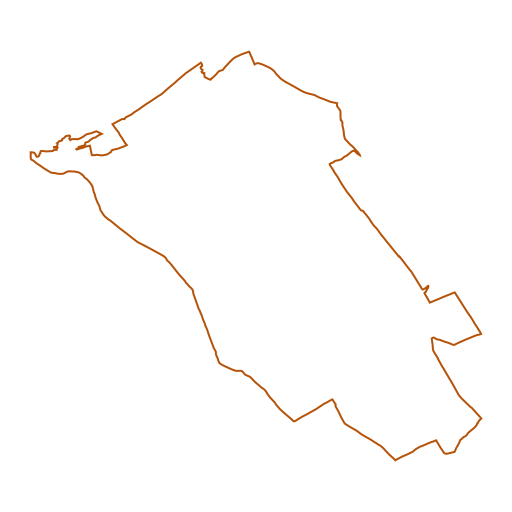 Dobretu, Olt, Romania (Robinson projection)
{"feature_id": "2599482B33788431335920", "entity_name": "Dobretu", "entity_type": "district", "adm_level": 2, "iso_a3": "ROU", "parent_name": "Romania", "parent_adm1": "Olt", "projection": "robinson", "projection_center": [23.941, 44.491], "detail": "fine", "context": "isolated", "style": "outline", "palette": "amber", "viewbox_px": 512, "rotation_deg": 0, "n_neighbors": 0, "source": "geoboundaries", "source_scale": "gbopen_adm2", "svg_char_len": 5908}
<svg xmlns="http://www.w3.org/2000/svg" viewBox="0 0 512 512"><path d="M458.7,395.0L452.6,383.9L441.3,364.9L438.7,360.2L437.6,357.8L433.6,351.4L433.1,349.9L432.9,348.9L432.6,344.6L431.7,338.5L433.2,337.6L434.1,337.6L436.5,339.2L440.0,339.9L444.4,341.6L448.6,342.9L452.8,344.7L454.0,344.9L454.8,344.7L455.7,344.1L458.7,342.7L466.6,339.2L476.0,335.4L478.4,334.7L479.4,334.6L481.1,333.9L479.9,331.7L476.5,326.3L474.6,323.5L472.4,319.6L470.0,315.9L468.8,314.4L466.8,311.4L455.2,293.1L454.7,292.4L445.9,295.9L429.9,302.6L424.6,293.4L424.5,293.1L424.6,292.7L426.1,291.5L426.5,290.1L428.0,288.0L428.4,286.2L428.3,285.9L428.0,285.9L426.2,287.6L424.7,288.6L423.4,289.3L422.7,289.5L422.2,289.3L411.2,271.4L409.9,270.0L399.5,256.5L399.1,256.8L398.9,256.6L385.6,240.2L384.2,238.4L381.4,235.0L376.7,228.5L373.8,225.6L370.7,221.2L369.6,219.2L365.7,214.2L364.0,212.4L363.6,211.4L362.9,210.8L361.2,210.5L360.4,209.7L356.0,203.9L354.1,201.5L351.9,198.1L346.9,191.8L341.7,184.0L337.6,176.9L334.3,172.1L333.4,170.3L330.2,165.5L329.7,164.0L330.3,163.5L333.0,162.5L335.2,160.9L338.7,160.2L341.6,159.2L344.5,156.7L346.7,155.7L351.2,151.9L352.5,151.0L353.6,150.8L354.6,151.1L355.6,151.8L357.0,153.4L359.8,155.2L359.6,154.5L356.9,151.1L355.7,150.1L354.0,148.0L352.5,146.4L350.5,144.8L348.4,142.6L345.1,139.1L344.8,138.5L344.0,134.8L343.5,130.1L342.4,125.5L342.4,122.6L341.9,121.4L340.9,120.2L341.1,120.0L340.7,119.3L340.5,117.0L340.5,112.6L340.3,110.7L339.4,109.5L338.9,108.6L337.2,106.3L337.0,105.9L337.1,104.7L336.7,103.7L337.0,103.2L330.3,101.8L323.7,99.1L319.2,97.5L314.4,95.0L306.7,93.1L303.4,91.8L300.7,90.4L294.3,86.7L287.4,82.9L284.7,81.4L281.5,79.2L279.6,77.6L278.6,76.3L277.2,75.0L276.2,73.9L274.2,71.2L271.6,69.0L268.9,67.4L263.2,64.8L259.6,63.5L258.3,63.2L257.4,63.2L256.5,63.4L254.6,64.4L251.9,58.1L251.6,57.0L250.9,55.8L249.8,53.1L249.1,51.7L242.1,54.1L235.4,57.2L233.7,58.3L232.8,59.0L229.1,62.7L226.7,65.4L225.6,66.4L222.7,70.0L220.0,70.8L218.7,71.4L215.7,74.8L213.2,77.2L210.7,79.1L211.0,79.2L210.5,79.7L209.2,79.3L205.6,77.6L204.9,77.2L204.5,76.7L204.5,75.2L204.2,74.4L204.3,73.1L202.4,72.9L201.8,72.3L201.6,71.7L202.4,71.2L202.4,70.5L202.6,70.0L202.5,69.7L201.8,69.4L201.0,68.7L200.7,68.0L200.6,67.2L200.9,66.7L202.1,66.1L202.2,65.1L201.5,63.5L200.9,62.7L185.8,73.2L180.2,78.0L178.1,79.7L174.9,82.7L167.2,89.1L162.1,93.7L160.7,94.7L158.5,96.0L149.0,102.4L146.6,103.8L140.5,108.1L138.8,109.4L134.1,112.3L131.7,114.3L125.9,117.3L125.1,118.0L124.5,119.1L124.0,119.2L122.8,119.0L122.2,119.0L112.5,124.2L115.8,128.9L117.7,131.3L118.7,132.5L119.8,134.9L122.5,138.7L123.0,139.7L125.1,143.0L126.8,145.0L124.3,146.3L118.4,148.5L112.3,150.0L111.6,150.5L111.3,151.4L110.9,152.0L110.2,152.4L109.7,152.9L108.7,153.4L107.9,154.0L105.8,154.8L104.1,155.0L102.9,155.3L100.6,155.3L97.0,154.8L95.1,155.1L93.2,155.1L92.1,155.3L91.8,155.0L89.9,145.7L85.7,146.6L82.7,147.9L80.5,148.3L76.9,149.5L76.5,149.5L76.3,149.3L76.3,149.0L76.5,148.9L78.1,148.4L78.5,148.1L78.5,147.2L78.7,146.9L83.1,145.8L84.7,145.1L85.3,144.3L85.2,143.1L85.5,142.6L88.0,141.8L88.9,141.3L90.4,139.8L91.8,139.0L93.3,137.9L95.2,137.6L98.4,135.4L101.7,133.9L96.4,131.3L90.8,133.3L86.3,134.4L83.5,136.5L81.2,137.8L79.1,138.8L77.1,139.3L76.1,139.2L75.5,139.0L71.9,139.2L71.3,139.3L70.7,139.9L70.3,140.1L69.6,139.4L69.3,138.6L69.7,137.4L70.1,136.6L69.8,135.8L69.3,135.5L68.9,135.5L65.7,136.2L64.1,138.0L62.3,138.9L62.1,139.3L62.2,140.1L62.0,140.4L59.0,141.3L58.2,142.3L57.1,143.1L57.6,143.4L57.7,143.8L56.9,146.5L56.5,146.7L54.0,147.0L54.1,147.7L57.4,147.7L56.7,149.0L56.7,149.8L54.4,150.0L53.0,150.5L52.7,151.0L52.2,151.1L46.2,151.4L41.3,150.9L40.8,151.1L40.5,151.6L40.3,153.2L39.7,153.5L39.5,154.7L39.2,155.4L38.8,156.1L38.0,156.6L37.0,156.8L36.6,156.6L35.1,153.8L34.3,152.8L32.8,152.4L30.7,152.3L30.7,157.9L30.9,158.8L31.2,159.5L33.7,160.9L36.7,163.4L41.1,166.3L43.4,168.0L50.6,172.4L51.3,172.7L54.4,173.0L58.3,173.8L61.4,173.9L63.8,173.5L66.2,172.1L68.4,171.3L73.8,171.5L77.1,172.0L79.1,172.6L81.4,174.1L83.2,175.6L83.7,176.2L84.1,176.9L84.9,177.8L87.0,179.3L89.7,182.3L92.0,185.5L92.6,187.2L93.7,191.8L94.8,194.4L95.0,195.6L95.6,197.6L97.1,201.6L99.5,206.4L100.4,210.0L103.4,214.7L105.3,216.9L105.9,217.2L107.7,218.9L110.6,220.8L119.3,228.0L127.5,234.2L132.0,237.8L137.7,242.2L146.0,246.4L157.8,252.8L163.5,256.0L165.1,257.3L166.2,258.7L167.3,260.7L168.9,261.9L171.4,264.8L179.3,274.8L184.7,280.7L185.6,282.0L186.0,282.9L186.7,283.4L189.5,286.6L191.6,288.5L192.8,290.3L193.0,290.9L193.2,292.9L193.7,294.7L197.6,305.6L198.7,308.9L199.9,311.0L200.6,313.0L201.8,315.6L202.9,319.1L204.6,323.1L205.5,325.9L207.2,329.8L209.1,335.6L213.8,348.1L215.8,351.6L215.9,353.5L216.2,355.1L216.6,356.1L217.8,358.7L218.2,360.3L219.3,362.9L220.8,364.1L223.1,365.4L230.6,368.9L234.5,370.4L236.3,370.9L240.7,370.8L241.9,371.1L242.7,371.8L244.5,374.0L245.4,374.8L249.5,376.6L250.7,377.4L255.2,382.2L258.7,385.1L261.8,387.9L263.5,388.8L265.0,390.3L266.2,391.7L267.3,393.7L269.9,397.3L274.7,402.4L276.4,405.0L279.9,409.1L283.4,412.3L290.8,418.6L293.4,421.1L293.8,421.3L294.5,421.3L296.6,420.2L298.3,419.0L302.0,416.8L307.2,414.1L316.1,409.1L324.8,403.3L326.0,402.9L331.6,399.7L332.2,399.5L332.4,399.7L332.6,399.6L333.4,401.1L335.7,404.4L335.4,405.3L335.6,406.4L338.0,410.6L341.6,418.1L344.2,422.7L344.8,423.5L345.8,424.3L350.7,427.3L356.8,430.8L361.4,434.3L370.8,439.7L379.2,445.1L380.4,445.7L383.3,448.2L386.2,451.4L389.3,454.6L393.6,458.5L395.3,460.3L396.1,459.8L402.3,456.5L407.3,454.4L412.8,451.7L415.7,449.2L419.8,446.8L422.5,445.8L430.9,442.2L433.0,441.6L436.1,440.3L440.4,447.5L444.3,453.3L446.0,453.7L447.1,453.7L454.2,452.0L454.8,451.6L456.0,448.5L458.8,443.6L459.6,441.6L460.4,439.8L461.0,439.5L463.4,437.2L465.9,435.9L466.9,434.8L467.9,433.2L468.7,432.4L474.6,427.5L476.2,425.6L477.8,423.0L477.6,422.9L478.3,422.1L479.1,420.5L479.8,420.0L481.3,418.6L479.6,416.5L471.7,407.8L470.4,406.9L462.5,399.3L460.5,397.2L458.7,395.0Z" fill="none" stroke="#b45309" stroke-width="2"/></svg>